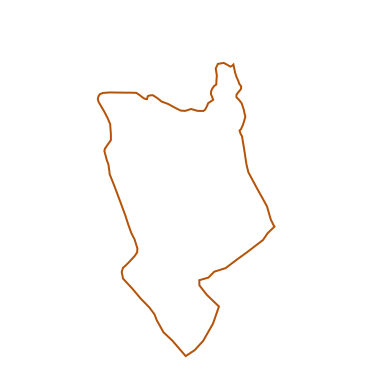 As Sunut, South Kordufan, Sudan (Equal Earth projection), rotated 326°
{"feature_id": "16777658B48194454682254", "entity_name": "As Sunut", "entity_type": "district", "adm_level": 2, "iso_a3": "SDN", "parent_name": "Sudan", "parent_adm1": "South Kordufan", "projection": "equal_earth", "projection_center": [29.06, 12.034], "detail": "fine", "context": "isolated", "style": "outline", "palette": "amber", "viewbox_px": 384, "rotation_deg": 326, "n_neighbors": 0, "source": "geoboundaries", "source_scale": "gbopen_adm2", "svg_char_len": 2048}
<svg xmlns="http://www.w3.org/2000/svg" viewBox="0 0 384 384"><g transform="rotate(326 192 192)"><path d="M165.8,62.4L164.9,65.3L164.2,76.7L163.9,79.0L163.4,83.4L162.3,89.0L162.2,89.8L156.9,99.0L156.2,100.0L153.8,103.6L148.8,105.5L144.0,107.4L142.7,108.6L142.4,108.9L142.3,109.0L139.2,117.9L138.2,122.2L135.2,128.4L133.6,131.4L133.3,133.1L130.8,144.4L129.6,149.5L127.9,156.6L126.7,161.6L123.7,173.8L121.0,183.2L118.7,192.3L117.9,199.1L115.1,208.4L112.7,211.4L108.8,213.0L100.2,215.0L95.6,215.9L92.5,216.2L89.0,219.0L86.4,225.2L87.6,233.0L88.5,238.9L89.9,251.8L92.1,264.0L92.5,272.5L91.1,278.5L89.9,292.3L92.6,304.3L95.0,324.5L105.7,324.6L117.9,321.7L135.9,312.8L150.3,302.0L146.8,285.7L145.9,273.6L148.7,269.2L157.7,272.1L165.9,270.5L177.3,273.9L191.8,273.1L204.0,272.7L213.8,272.1L224.0,271.5L231.8,268.4L241.0,266.8L241.0,266.6L241.1,266.4L241.1,266.2L241.1,265.9L240.9,265.9L241.4,262.8L241.7,260.4L241.8,259.7L242.0,258.7L243.7,253.3L244.3,251.6L244.9,249.6L246.1,246.0L246.7,239.7L248.0,224.5L248.7,217.6L248.8,216.4L249.4,211.1L249.7,207.4L252.3,200.3L253.5,197.6L257.7,188.8L260.5,182.8L261.2,181.3L261.4,180.8L261.8,179.9L262.9,177.5L264.6,173.8L264.8,171.0L265.8,167.6L267.6,167.4L269.8,166.0L270.0,165.9L271.8,164.8L278.2,159.6L281.0,152.5L282.8,146.2L282.5,142.1L282.5,141.7L282.4,141.2L282.3,140.6L281.8,138.3L283.3,136.2L285.6,135.4L289.3,134.3L289.8,134.1L290.4,133.8L291.8,131.9L291.7,128.6L292.5,125.8L293.1,121.9L294.6,116.8L295.4,114.9L296.7,111.8L297.2,110.5L297.6,109.5L295.8,109.8L293.9,109.5L292.3,106.1L290.5,102.7L285.1,100.3L280.7,102.9L277.8,109.2L274.2,113.8L272.2,116.5L269.5,116.5L266.2,117.8L264.1,119.3L262.4,121.5L261.9,124.3L261.1,127.4L255.1,127.4L252.4,129.2L249.2,131.0L246.8,131.2L241.9,127.8L237.7,122.7L231.6,120.9L228.1,118.1L226.0,114.4L221.2,105.3L217.4,100.1L215.8,94.9L213.7,89.9L211.8,88.7L209.4,87.8L208.1,88.5L206.5,89.8L205.5,88.9L204.3,87.1L203.0,83.0L201.3,78.7L198.9,76.9L187.7,69.2L179.5,63.5L173.6,60.1L170.2,59.4L167.8,60.5L165.8,62.4Z" fill="none" stroke="#b45309" stroke-width="2"/></g></svg>